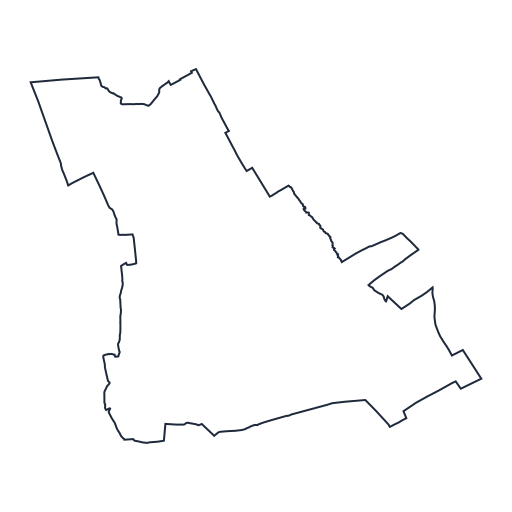 the district of Arsura, Vaslui, Romania
{"feature_id": "2599482B94287985096117", "entity_name": "Arsura", "entity_type": "district", "adm_level": 2, "iso_a3": "ROU", "parent_name": "Romania", "parent_adm1": "Vaslui", "projection": "natural_earth1", "projection_center": [28.045, 46.802], "detail": "fine", "context": "isolated", "style": "outline", "palette": "slate", "viewbox_px": 512, "rotation_deg": 0, "n_neighbors": 0, "source": "geoboundaries", "source_scale": "gbopen_adm2", "svg_char_len": 6052}
<svg xmlns="http://www.w3.org/2000/svg" viewBox="0 0 512 512"><path d="M389.8,426.9L396.0,423.7L398.3,422.7L402.4,420.2L406.3,418.2L403.5,411.2L416.1,402.7L428.0,396.1L439.2,390.3L452.0,383.1L455.7,381.4L460.8,388.7L481.3,378.7L462.8,350.0L451.9,355.5L448.7,349.6L446.1,345.5L443.7,342.0L440.1,336.2L438.3,332.2L435.5,324.8L434.9,320.8L434.4,316.7L434.9,309.2L434.8,305.7L434.2,301.1L433.0,296.9L432.6,294.6L432.4,292.8L432.7,287.9L432.6,287.4L426.8,292.2L421.8,295.6L413.9,300.2L409.7,303.6L401.4,309.0L387.7,296.2L386.1,301.4L385.7,301.3L384.4,299.1L383.6,296.4L382.4,294.8L378.5,293.0L374.2,290.2L372.7,287.8L370.7,286.8L368.9,285.6L368.5,285.1L374.3,280.2L379.1,276.7L387.2,271.2L390.4,269.5L391.1,269.4L395.7,266.0L397.3,265.1L400.7,262.6L402.5,261.6L404.5,259.9L405.3,259.0L406.2,258.5L409.6,255.9L418.4,249.8L418.2,249.3L410.5,241.4L406.6,237.8L402.9,233.9L402.0,233.5L400.4,233.0L399.4,233.6L394.4,236.4L391.2,237.9L384.9,240.6L382.3,241.6L381.0,242.0L379.6,242.7L371.6,246.2L371.2,246.3L370.0,246.3L368.9,246.7L366.5,248.0L361.2,250.6L356.0,253.4L341.8,262.1L341.5,261.5L341.5,261.1L341.4,260.9L341.2,260.9L341.0,260.4L340.8,259.8L340.0,258.8L339.4,258.3L338.9,257.4L338.1,257.4L337.9,257.2L338.0,257.0L337.9,256.4L338.1,255.6L337.9,255.2L337.5,254.9L338.0,254.2L337.5,253.9L336.9,253.6L336.3,252.3L335.5,251.6L334.8,250.5L334.0,249.9L334.0,248.8L334.6,248.4L334.3,248.1L332.6,247.4L332.7,246.3L332.9,245.9L332.5,245.5L332.5,244.3L332.7,243.7L332.5,242.5L331.3,241.1L331.0,240.2L331.0,239.9L330.8,239.4L330.4,238.8L330.2,237.9L330.4,237.6L330.3,237.3L329.7,236.8L329.6,236.5L329.8,236.4L328.8,235.5L328.6,235.0L328.0,234.5L328.0,234.1L327.6,233.8L326.8,233.4L325.7,233.2L325.0,232.0L323.8,231.5L323.5,231.1L323.4,230.5L323.1,229.9L322.8,229.4L322.2,228.9L321.4,228.6L320.6,228.2L320.2,227.6L320.5,226.1L320.1,225.5L319.5,225.2L319.5,224.8L319.1,224.0L317.1,223.3L316.8,222.9L316.7,222.6L316.5,222.3L315.9,222.1L315.5,221.5L314.1,220.2L312.8,218.5L312.8,218.2L312.2,217.2L310.9,216.4L310.2,215.6L308.8,215.0L308.9,212.9L308.6,212.6L308.0,212.4L306.4,212.6L306.4,212.3L305.0,211.1L304.2,210.1L303.7,209.5L303.6,209.0L303.9,208.8L304.8,208.8L305.4,208.6L305.3,207.4L305.0,206.9L304.3,206.7L303.9,206.8L303.1,206.1L302.9,205.8L302.9,204.5L302.8,204.3L302.4,203.8L301.4,203.3L300.9,202.6L300.5,201.7L299.3,200.2L298.2,198.4L297.3,197.6L296.0,195.9L295.6,195.5L294.7,194.3L294.2,193.8L294.1,193.1L293.7,192.1L293.7,191.6L293.2,191.2L292.7,190.4L292.0,188.6L290.7,187.0L290.2,187.1L289.7,186.8L288.9,185.8L288.5,185.6L281.2,189.9L277.7,191.8L276.4,192.9L274.7,193.8L272.0,195.6L269.8,196.6L252.2,167.8L246.7,171.0L245.1,168.7L241.3,162.5L238.4,157.5L236.6,154.3L234.5,150.0L232.2,145.8L228.4,138.5L225.6,133.3L225.4,132.9L225.6,132.8L228.9,130.9L227.8,129.3L221.6,117.8L219.3,112.4L218.5,111.8L217.9,111.0L216.7,108.6L215.7,106.1L214.5,104.0L210.8,96.4L209.7,94.6L203.5,83.5L196.0,69.1L191.0,71.3L191.8,72.8L179.9,79.3L180.2,79.9L170.8,84.9L168.9,81.7L168.7,81.2L168.5,81.4L167.6,82.4L161.9,86.4L160.0,88.0L159.5,88.7L159.2,90.0L159.2,92.5L157.5,95.8L156.9,96.6L154.9,98.9L150.8,104.0L148.5,105.8L147.9,105.5L147.1,105.4L146.3,105.1L144.4,104.2L143.0,104.0L141.1,103.9L137.5,104.1L136.6,103.9L134.2,104.2L128.0,104.1L126.6,104.2L122.7,104.3L121.6,104.1L121.0,103.6L120.7,103.2L120.9,102.2L120.9,100.5L121.2,99.7L121.7,98.6L121.5,97.6L117.1,95.8L116.0,95.0L114.5,94.1L113.4,93.2L112.8,93.4L110.2,92.2L108.9,91.1L107.3,88.5L106.7,88.2L106.2,88.4L105.6,88.4L104.6,87.4L104.2,87.1L102.9,86.9L101.6,86.1L101.2,85.5L100.7,83.4L99.7,80.2L99.5,79.7L99.1,79.3L98.6,78.4L98.4,77.3L61.8,79.6L30.7,82.3L31.7,84.9L38.2,101.3L52.4,141.4L57.3,154.3L60.8,163.2L61.1,164.9L61.0,165.7L61.6,167.4L61.8,168.5L62.3,170.1L63.9,173.8L66.4,180.1L67.8,184.1L68.0,185.2L68.2,185.5L72.0,183.2L84.0,177.1L93.3,172.8L99.4,185.5L104.2,196.0L108.3,205.6L109.7,207.9L111.7,209.1L112.4,209.7L113.6,211.9L114.3,214.3L115.6,217.6L116.3,218.7L116.6,219.3L116.5,223.0L116.6,224.1L117.3,227.4L118.5,234.7L120.2,234.9L123.3,234.8L125.1,234.9L132.5,234.4L133.7,237.8L136.1,260.7L136.2,263.3L133.6,264.1L131.1,264.6L128.7,264.9L127.0,264.9L126.5,264.0L126.2,262.9L124.9,263.5L121.1,265.9L121.3,268.2L121.5,269.4L121.5,270.3L122.0,274.1L122.4,279.4L122.2,280.8L122.3,281.3L122.6,281.8L122.7,283.5L122.7,285.1L121.9,288.5L121.4,289.8L121.0,291.4L120.9,292.6L120.0,295.2L119.7,296.8L119.7,298.0L120.0,298.9L120.2,299.3L120.6,307.4L120.8,308.7L121.0,309.6L120.8,313.4L120.3,316.4L120.4,321.4L120.4,322.2L120.2,322.6L120.4,323.3L120.4,329.1L120.3,332.4L119.8,335.5L119.8,337.7L119.7,340.0L119.3,341.0L119.0,342.2L118.3,343.2L118.0,344.2L118.4,347.2L119.2,350.9L119.6,351.6L119.7,352.2L118.7,354.8L118.3,356.4L117.7,356.5L115.5,356.7L115.0,356.5L114.6,354.7L113.9,354.7L112.4,354.1L111.6,353.9L109.6,354.2L108.9,353.9L108.2,354.0L107.7,354.3L106.9,354.5L105.9,354.6L103.9,355.3L103.4,355.7L103.3,357.4L104.8,364.3L104.9,366.9L105.4,369.7L106.3,373.5L106.5,374.9L106.8,375.6L107.1,376.5L107.3,378.5L108.2,381.2L108.7,381.7L109.4,382.3L109.6,382.8L109.5,383.5L108.2,385.0L107.1,386.1L104.5,391.6L104.3,392.6L104.4,394.6L104.3,396.1L104.4,397.6L104.4,402.5L104.7,403.6L105.2,404.4L105.1,405.1L105.2,406.2L105.0,407.3L105.1,407.9L105.6,409.3L106.1,410.0L109.7,408.3L110.1,408.6L108.7,411.9L109.1,413.1L111.8,418.3L114.7,422.8L115.7,425.3L116.1,426.7L117.8,430.4L119.4,432.6L120.1,434.2L121.4,436.5L123.3,438.4L124.1,439.0L124.3,439.7L133.2,439.1L133.5,439.7L134.6,440.7L138.9,441.5L142.5,442.4L147.1,442.9L149.8,442.3L157.8,441.7L163.9,440.7L165.4,423.9L176.5,424.6L183.4,424.6L184.9,424.2L185.7,423.3L186.2,423.0L187.4,422.8L188.4,422.8L189.7,423.2L191.9,423.5L196.5,424.4L198.4,425.3L201.8,424.0L214.2,435.8L218.2,432.5L220.0,431.8L227.2,431.2L235.2,430.8L241.9,430.0L245.7,429.0L246.4,428.3L249.0,427.4L249.6,426.9L252.7,425.6L254.9,424.9L257.4,425.1L258.4,424.4L263.5,422.5L271.2,420.2L286.7,415.8L287.5,415.9L289.5,415.4L291.3,414.5L327.2,404.8L332.2,403.2L345.3,401.7L365.3,400.0L376.0,410.9L384.2,419.8L388.6,424.6L389.2,425.9L389.8,426.9Z" fill="none" stroke="#1e293b" stroke-width="2"/></svg>